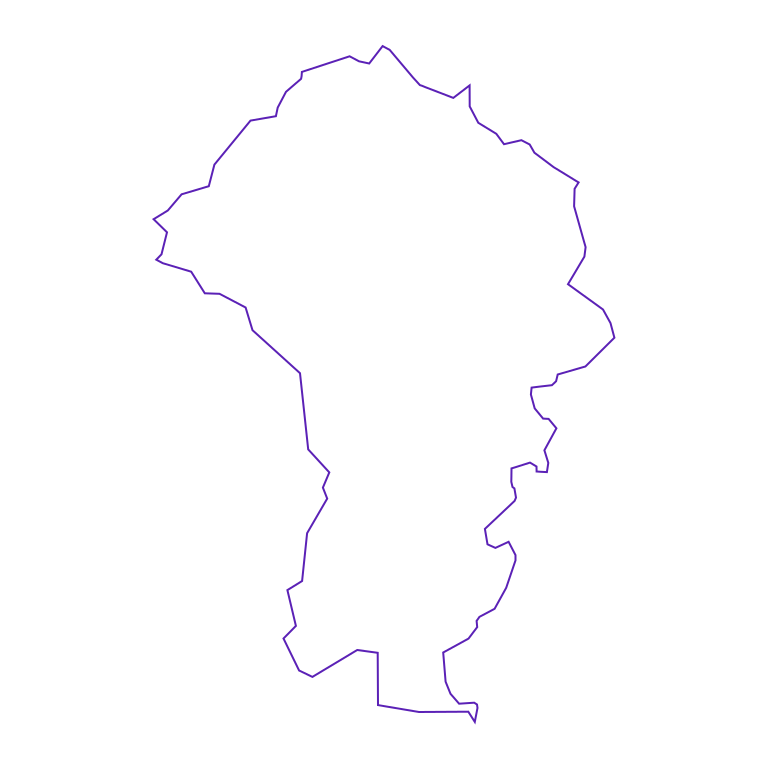 Anne Arundel, Maryland, United States of America (Natural Earth projection)
{"feature_id": "52423323B67559228618519", "entity_name": "Anne Arundel", "entity_type": "district", "adm_level": 2, "iso_a3": "USA", "parent_name": "United States of America", "parent_adm1": "Maryland", "projection": "natural_earth1", "projection_center": [-76.564, 38.975], "detail": "fine", "context": "isolated", "style": "outline", "palette": "violet", "viewbox_px": 768, "rotation_deg": 0, "n_neighbors": 0, "source": "geoboundaries", "source_scale": "gbopen_adm2", "svg_char_len": 1623}
<svg xmlns="http://www.w3.org/2000/svg" viewBox="0 0 768 768"><path d="M301.6,76.1L301.1,78.8L286.0,91.8L277.7,107.6L275.9,116.2L250.5,120.6L214.4,164.6L208.8,186.2L181.6,194.3L167.8,210.5L153.6,219.2L167.0,232.3L161.5,254.3L156.3,259.7L162.8,263.2L191.2,271.7L204.8,293.3L219.5,293.8L245.6,307.5L252.5,330.2L300.0,373.2L308.2,449.4L329.3,472.4L322.9,487.6L327.2,498.6L307.1,533.2L302.1,581.0L287.4,590.1L295.9,625.9L283.5,638.5L299.1,670.5L312.4,676.9L357.2,650.0L377.7,652.8L378.0,705.1L419.0,712.0L468.3,711.7L474.8,721.9L477.5,707.9L477.0,704.5L474.2,702.7L459.1,703.7L450.5,693.8L445.6,681.7L443.2,652.5L468.5,638.6L477.2,627.1L476.6,620.9L479.5,616.8L494.6,608.8L506.2,587.8L515.5,560.4L515.5,555.1L508.6,541.8L495.4,547.9L487.9,544.5L487.5,544.3L484.9,528.9L493.5,520.8L514.6,500.9L516.0,497.6L514.4,488.4L512.5,487.0L511.3,481.8L511.4,476.9L511.5,468.4L515.5,467.2L530.0,462.6L536.5,466.5L536.6,471.5L540.9,471.8L546.9,472.1L548.3,462.9L544.4,450.3L556.4,428.3L548.6,418.9L543.1,418.6L534.7,408.4L530.9,394.5L531.6,387.6L539.6,386.6L551.9,385.2L555.0,382.3L556.1,381.2L557.7,374.5L580.1,368.0L585.4,366.5L614.4,337.7L610.5,323.1L603.0,309.5L568.0,284.2L574.8,272.8L584.4,256.6L585.6,247.2L585.4,246.4L583.8,240.8L574.1,206.3L574.6,188.8L578.6,182.4L576.2,181.0L566.8,175.2L553.7,167.2L534.4,152.7L529.7,144.5L521.6,140.3L521.4,140.2L504.4,144.1L504.0,144.2L496.3,133.8L492.7,131.6L485.0,126.9L478.3,122.8L469.7,106.4L469.6,85.4L453.3,97.9L425.2,87.1L422.1,85.8L419.9,85.1L412.9,77.4L389.7,49.9L382.6,46.1L369.2,63.5L359.0,61.3L349.6,56.3L301.9,71.9L301.6,76.1Z" fill="none" stroke="#5b21b6" stroke-width="2"/></svg>